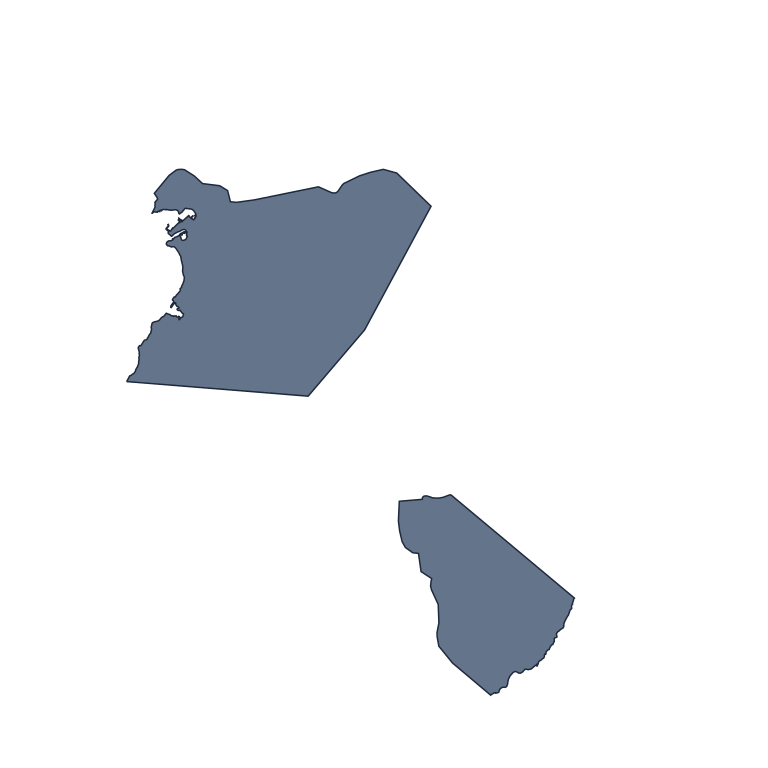 outline of Hafnarfjarðarbær, Reykjavík, Iceland, rotated 310°
{"feature_id": "244011B99927833063684", "entity_name": "Hafnarfjarðarbær", "entity_type": "district", "adm_level": 2, "iso_a3": "ISL", "parent_name": "Iceland", "parent_adm1": "Reykjavík", "projection": "orthographic", "projection_center": [-22.014, 63.956], "detail": "fine", "context": "isolated", "style": "filled", "palette": "slate", "viewbox_px": 768, "rotation_deg": 310, "n_neighbors": 0, "source": "geoboundaries", "source_scale": "gbopen_adm2", "svg_char_len": 6040}
<svg xmlns="http://www.w3.org/2000/svg" viewBox="0 0 768 768"><g transform="rotate(310 384 384)"><path d="M365.8,96.5L366.0,96.8L366.6,96.8L367.1,97.0L367.5,96.9L368.0,97.2L368.5,97.6L368.6,98.1L370.1,100.1L370.4,100.1L370.6,99.8L372.0,100.8L372.0,101.1L372.4,100.8L372.8,101.2L372.9,100.9L373.2,100.9L374.7,102.1L374.5,102.3L375.0,102.3L375.9,102.7L377.5,105.2L377.8,105.1L378.8,106.9L379.9,108.8L381.6,110.6L382.8,111.5L383.4,112.2L383.8,112.8L384.3,115.0L382.7,117.4L382.7,117.7L382.9,117.9L382.5,118.6L383.1,117.9L385.6,118.8L390.2,118.7L391.3,119.2L391.5,120.1L391.8,120.3L392.9,122.0L392.9,122.3L393.2,122.4L394.3,124.2L394.3,124.7L394.5,125.3L394.3,127.4L393.9,128.8L393.1,130.8L392.1,131.1L391.5,130.6L391.2,130.6L392.1,131.8L391.4,132.3L389.8,132.1L389.7,132.7L389.5,132.8L387.4,132.6L387.5,131.5L387.1,131.3L387.2,130.8L387.0,130.7L387.0,130.1L387.1,129.6L389.7,129.8L389.8,129.4L387.0,129.0L387.0,126.8L387.2,126.5L387.5,126.5L387.5,126.1L378.6,124.9L378.7,124.6L378.4,124.6L378.5,123.7L380.2,123.7L378.6,123.2L378.6,122.0L378.9,121.5L379.1,121.6L379.2,120.2L379.0,120.3L378.8,121.3L378.6,121.5L378.0,120.9L377.4,120.9L377.3,121.0L377.0,123.3L376.9,123.8L375.7,123.5L375.7,123.1L367.3,122.3L367.4,121.8L364.1,122.2L363.7,121.9L363.5,120.0L363.1,119.7L363.1,118.4L363.2,117.8L363.4,117.7L366.5,117.6L367.1,117.2L367.6,116.2L367.1,116.0L366.7,116.8L366.3,117.2L363.4,117.1L362.8,117.3L362.4,117.7L362.4,120.6L362.3,120.9L361.0,121.5L360.7,121.9L360.6,125.7L360.5,126.1L360.9,126.5L364.3,126.8L368.0,128.3L369.5,129.3L372.6,130.5L374.0,131.6L374.2,132.1L374.3,132.5L373.8,135.4L370.7,137.3L370.7,137.9L370.9,138.2L370.7,138.4L367.9,139.2L366.8,139.0L365.2,138.1L364.5,137.4L364.3,136.9L364.5,135.9L364.8,135.3L366.0,133.8L366.1,132.7L366.3,132.3L367.4,132.4L367.9,132.7L368.1,133.5L368.4,133.6L368.7,133.4L368.8,132.6L369.0,132.6L370.5,133.3L371.1,134.3L371.6,134.7L372.5,134.8L372.8,134.4L372.7,133.9L372.4,133.3L372.0,132.9L369.9,132.2L368.4,131.4L365.9,131.5L363.2,130.4L362.3,129.7L361.5,129.4L360.8,129.5L359.2,129.5L359.5,128.8L359.4,128.7L358.6,129.4L357.7,129.1L356.7,128.7L355.2,127.0L354.6,126.8L353.1,126.5L351.6,127.0L351.3,127.3L350.9,128.2L350.8,129.5L351.7,130.7L352.0,132.2L352.4,133.2L353.7,134.2L354.1,134.8L354.2,135.3L354.3,136.1L353.9,138.5L353.5,139.4L353.1,141.1L352.4,143.0L351.8,144.2L351.1,146.2L348.7,149.0L345.4,153.5L343.9,155.1L341.0,157.1L340.3,158.0L338.5,160.3L338.1,161.3L337.5,162.4L334.7,164.3L331.3,165.6L328.8,166.1L328.0,166.8L327.5,166.8L326.0,166.5L324.7,167.9L324.3,168.0L318.6,167.9L316.3,168.1L315.9,167.4L315.6,167.3L313.0,167.6L312.4,167.9L312.3,168.4L312.4,169.2L312.2,169.5L311.6,170.2L307.0,170.5L305.6,171.4L305.8,171.9L310.8,171.4L311.0,171.7L311.9,171.7L312.2,171.9L312.3,172.2L312.2,172.4L311.2,173.1L310.5,175.0L310.4,175.4L310.6,175.6L310.9,177.1L310.6,178.0L310.3,178.0L308.7,177.3L308.3,177.4L308.0,177.9L308.0,178.4L308.0,178.8L308.5,179.8L309.4,180.4L308.7,183.2L308.6,184.0L308.9,185.1L308.8,185.4L306.3,186.5L305.7,186.6L304.2,185.6L303.2,185.9L301.7,185.9L301.6,185.6L301.8,185.5L302.6,185.3L303.2,185.5L303.3,185.4L303.3,185.2L302.8,184.6L303.8,184.3L304.0,184.0L304.0,183.3L303.0,183.0L302.7,182.8L302.1,182.0L302.1,181.8L302.6,180.9L301.6,180.2L301.3,179.4L300.5,179.2L300.5,178.5L299.6,177.2L299.5,176.6L299.6,175.4L299.4,174.7L299.0,174.1L298.4,172.2L298.2,171.7L294.5,171.8L293.7,171.6L293.0,171.1L291.2,170.8L288.9,170.9L287.5,170.5L286.2,169.9L284.3,168.3L282.1,167.2L280.1,167.9L279.4,168.5L278.3,168.8L277.8,169.2L276.4,170.9L274.6,171.6L273.7,172.3L272.7,172.6L272.0,172.5L270.0,172.7L269.1,173.1L267.3,173.2L266.3,173.6L265.6,173.7L264.9,173.4L263.7,172.4L263.0,172.3L257.7,173.1L256.8,172.9L256.5,172.2L256.1,172.1L254.2,172.2L253.4,172.8L251.5,175.5L251.2,176.0L249.7,177.0L248.8,178.3L247.8,178.6L246.4,179.4L245.9,180.1L244.6,181.1L243.3,181.8L241.6,183.1L239.3,183.8L238.6,184.2L237.6,184.2L235.6,184.6L233.8,185.4L231.1,185.6L229.9,185.0L227.9,184.7L226.9,184.0L224.5,184.4L223.2,184.8L221.8,184.9L221.3,185.1L220.7,185.7L325.9,333.7L412.9,334.4L550.4,305.8L553.8,258.2L548.0,245.5L537.4,237.5L527.8,231.5L512.0,224.4L509.7,224.1L501.7,224.9L499.6,224.3L498.2,223.0L496.9,220.9L492.9,207.0L441.9,166.5L428.4,154.3L424.9,149.2L431.6,139.9L430.3,130.7L420.9,116.2L421.4,104.7L419.9,93.4L418.5,91.1L415.9,88.3L414.2,87.3L405.7,85.3L382.4,85.5L380.9,90.5L380.1,91.8L376.7,91.7L376.7,91.9L375.7,91.9L374.8,93.1L373.8,93.5L372.4,94.9L365.8,96.5ZM342.4,667.5L342.1,507.0L341.8,506.1L340.8,505.3L335.5,502.3L332.4,499.9L330.0,497.1L328.0,494.4L327.1,491.7L325.6,488.4L323.8,486.7L322.0,486.4L320.2,487.4L304.0,471.1L288.3,483.1L281.5,490.4L274.9,499.2L272.5,505.5L273.2,514.5L276.4,519.3L264.1,533.0L265.6,545.6L262.9,547.0L259.2,549.5L256.8,552.8L250.0,567.2L236.3,579.6L227.8,584.3L224.6,587.1L218.4,594.5L214.3,615.9L214.2,665.8L215.0,665.8L218.9,667.3L219.1,667.8L218.9,668.3L221.1,669.9L221.9,670.0L223.0,669.4L224.6,669.0L226.5,669.2L227.9,669.8L228.5,670.4L229.4,671.7L230.5,672.3L231.1,672.4L233.3,671.7L235.2,670.5L237.8,669.1L241.3,668.2L245.9,668.3L247.1,668.7L247.7,669.1L248.4,669.8L248.7,670.4L248.9,671.3L249.0,672.7L249.8,674.0L250.2,674.4L252.2,675.2L256.1,675.4L256.6,675.8L258.0,678.3L258.7,678.6L259.5,679.4L260.5,680.0L265.6,680.8L266.3,681.6L266.3,682.5L266.7,682.7L267.0,682.4L267.3,681.2L267.7,681.2L268.4,682.0L268.7,682.1L270.0,681.2L270.9,681.1L272.0,681.2L273.7,681.9L275.4,682.0L276.3,682.4L277.1,682.5L278.7,681.8L279.9,680.8L280.3,680.8L280.9,681.6L281.6,681.4L282.6,680.5L283.0,680.4L285.3,680.4L286.6,680.9L286.9,681.2L288.3,680.6L290.2,680.2L292.4,680.3L292.9,680.8L293.3,680.7L294.3,680.4L295.0,680.0L296.2,680.0L298.5,678.0L299.2,678.0L300.4,678.8L301.3,679.1L301.6,679.0L303.2,676.9L304.1,676.4L306.2,676.4L307.5,676.9L309.2,677.0L312.4,678.0L313.4,677.7L314.3,677.3L315.7,676.0L318.6,675.0L323.8,673.9L325.4,673.8L330.7,671.8L332.3,672.2L332.8,672.0L333.9,670.9L334.2,670.5L334.9,670.0L336.7,670.0L336.9,669.5L337.4,669.1L338.9,668.7L341.4,667.5L342.4,667.5Z" fill="#64748b" stroke="#1e293b" stroke-width="1.5"/></g></svg>